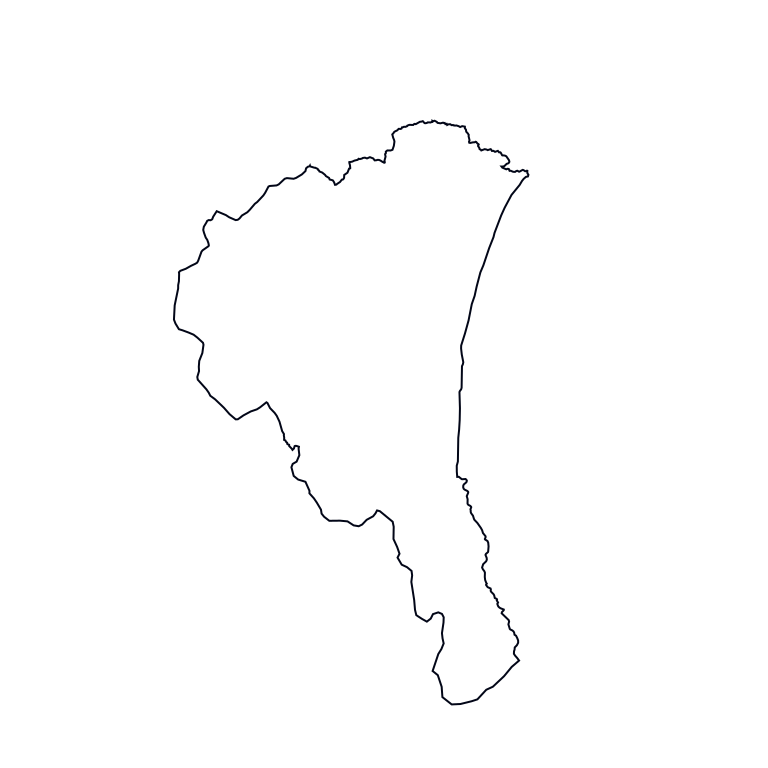 the district of Boontay, Phôngsali, Laos, rotated 113°
{"feature_id": "54806243B85580123027929", "entity_name": "Boontay", "entity_type": "district", "adm_level": 2, "iso_a3": "LAO", "parent_name": "Laos", "parent_adm1": "Phôngsali", "projection": "albers", "projection_center": [101.907, 21.382], "detail": "fine", "context": "isolated", "style": "outline", "palette": "ink", "viewbox_px": 768, "rotation_deg": 113, "n_neighbors": 0, "source": "geoboundaries", "source_scale": "gbopen_adm2", "svg_char_len": 6166}
<svg xmlns="http://www.w3.org/2000/svg" viewBox="0 0 768 768"><g transform="rotate(113 384 384)"><path d="M136.7,332.6L135.0,332.8L133.9,334.4L132.1,335.3L131.0,335.4L132.2,335.8L133.0,337.2L132.6,339.2L132.7,340.0L135.5,342.2L135.8,342.6L135.6,344.6L136.2,345.4L137.5,346.2L138.2,348.0L138.2,350.9L138.7,351.7L137.3,353.2L137.7,354.5L138.6,355.3L138.6,359.6L137.9,360.8L137.5,359.8L136.5,358.4L133.4,357.1L132.7,356.2L131.9,355.6L130.7,355.4L130.1,355.6L129.0,356.6L126.6,360.4L126.5,361.7L126.8,363.2L127.2,363.9L127.3,364.6L125.4,367.0L125.3,367.6L125.8,368.5L124.9,370.3L126.9,372.5L126.6,374.3L127.3,375.7L126.2,377.2L126.2,377.7L128.2,379.9L128.1,381.1L128.5,383.1L131.0,385.7L130.5,386.5L130.5,387.7L129.2,388.8L128.3,390.3L127.6,390.6L126.7,390.3L126.3,390.7L126.1,392.0L125.2,393.6L125.2,394.3L126.0,394.9L126.9,396.7L128.4,398.8L128.6,399.8L127.8,400.4L126.2,400.5L122.8,403.0L121.6,403.3L120.6,404.7L119.6,406.9L117.8,408.0L117.1,409.4L115.5,410.1L116.1,412.8L117.7,414.3L117.5,416.0L117.7,418.3L118.5,419.8L118.5,420.6L118.8,421.1L118.6,421.7L119.3,422.8L119.0,424.6L119.9,426.3L120.9,427.1L120.0,428.0L120.8,429.0L120.0,430.1L120.4,430.6L120.3,431.3L120.4,431.8L122.0,433.9L122.7,436.8L122.1,437.8L121.9,440.3L123.0,441.7L122.9,442.3L123.9,441.9L124.3,442.7L125.0,443.2L126.1,446.0L126.9,446.5L127.7,447.6L128.0,448.6L126.9,451.0L127.9,452.1L128.6,453.4L132.4,456.3L132.5,457.3L133.2,458.0L134.1,458.3L135.6,462.0L137.1,463.5L137.7,463.5L138.9,464.7L139.4,466.1L140.3,466.9L140.7,467.7L142.0,467.7L142.7,468.3L143.4,470.2L145.3,470.9L147.5,472.8L148.4,473.2L149.4,473.3L151.0,473.9L153.7,471.8L155.5,470.0L156.8,469.1L160.9,468.0L165.1,467.7L166.5,469.2L167.7,472.2L169.4,473.1L170.7,472.5L172.0,472.8L174.1,471.4L178.4,470.8L179.5,469.9L180.0,469.9L180.3,470.3L180.0,471.1L180.2,471.8L179.7,474.5L179.7,476.2L180.2,477.5L181.1,478.6L181.8,480.0L180.6,482.0L180.7,485.6L183.0,487.8L183.1,490.0L184.2,491.8L185.1,492.4L186.4,494.1L186.6,495.4L187.9,495.8L189.9,498.5L191.7,500.1L193.0,502.0L193.2,502.6L193.9,502.4L195.9,500.8L198.5,499.4L199.1,499.7L199.4,500.3L203.8,500.2L207.1,502.3L209.8,501.3L211.0,501.4L211.9,501.8L212.4,502.7L215.2,503.4L218.2,505.4L219.0,505.7L219.8,506.9L217.9,508.7L216.6,510.5L216.6,511.5L217.0,513.9L215.8,515.1L215.3,518.7L214.5,520.0L213.5,523.5L213.6,526.5L212.9,527.2L212.6,528.4L211.9,529.1L211.8,531.9L212.1,532.6L212.5,536.5L212.4,537.1L211.9,537.5L212.7,537.6L213.8,539.0L215.9,540.0L218.7,539.5L223.2,541.5L228.7,545.5L230.4,547.4L232.4,553.8L233.9,555.6L241.4,558.9L243.2,560.5L246.4,566.6L247.4,567.5L254.4,568.1L257.5,568.7L266.0,571.8L268.6,573.3L276.0,575.6L279.3,576.9L284.4,580.6L288.1,581.7L290.0,582.8L291.1,584.6L291.0,591.7L290.3,595.5L290.3,605.5L296.7,606.6L299.5,606.5L301.0,607.6L301.6,609.4L302.9,610.5L304.8,610.6L309.6,611.3L312.8,610.6L315.1,608.8L318.9,605.3L320.4,603.0L322.9,600.7L324.8,599.4L325.7,599.4L331.8,603.2L333.5,603.7L343.1,603.2L345.3,603.4L347.0,604.6L350.6,607.8L355.4,611.5L359.4,615.7L361.3,616.4L362.7,615.6L369.6,612.9L373.4,612.1L376.5,610.8L393.4,607.4L406.8,602.5L409.8,599.6L413.7,594.2L413.3,590.5L413.0,584.1L413.0,578.5L414.2,574.0L416.8,566.7L418.4,565.5L426.5,563.3L434.9,563.1L440.5,561.2L444.4,559.3L450.5,558.6L452.8,557.1L458.3,545.4L460.5,541.9L462.7,539.3L464.1,533.5L468.4,522.1L472.1,514.4L474.5,506.7L473.6,504.8L467.8,501.1L461.3,495.9L457.0,491.1L453.8,488.9L446.8,485.1L447.0,483.9L450.7,479.5L453.3,473.4L455.2,470.3L459.5,465.5L467.2,459.3L469.2,456.5L470.3,456.2L472.4,454.9L474.5,454.1L474.5,452.7L475.5,451.6L475.9,450.2L476.9,449.7L477.1,449.3L477.0,447.6L478.2,447.0L479.6,443.6L480.4,442.5L478.6,441.7L476.1,442.0L475.6,441.5L475.2,440.4L475.0,437.8L477.0,437.3L482.6,434.1L489.6,434.1L493.2,436.8L496.8,436.7L503.9,431.2L505.5,425.7L504.7,418.1L511.4,410.9L513.8,409.9L516.6,403.9L519.5,399.4L524.3,392.9L527.7,390.8L529.6,387.3L531.3,380.9L527.0,371.1L524.7,363.9L526.0,356.7L524.8,351.7L521.9,349.2L515.8,346.9L510.0,342.3L506.4,341.3L503.1,341.0L502.7,338.1L507.4,322.2L511.6,319.3L523.0,314.7L528.9,308.2L534.2,303.4L538.5,303.7L543.4,297.1L543.6,291.3L545.3,285.6L549.2,283.3L555.5,281.5L571.1,271.8L579.8,267.2L584.2,263.9L585.4,257.1L586.0,251.7L581.7,249.3L576.7,249.0L573.0,244.8L573.0,240.8L575.4,237.9L580.4,236.0L590.7,233.3L595.3,230.7L599.5,227.7L605.6,227.6L611.3,228.5L629.2,227.1L631.0,220.7L640.2,212.6L649.4,207.9L652.5,196.5L648.7,188.6L641.8,179.4L637.8,174.8L625.5,170.4L620.1,165.5L606.0,159.3L594.5,155.9L585.8,151.6L584.2,154.3L582.8,157.2L581.6,159.0L579.2,159.9L577.6,160.0L575.4,160.7L572.5,159.6L569.8,159.4L567.7,160.3L565.9,162.0L564.1,164.1L563.8,165.9L562.2,166.9L561.2,168.0L560.7,169.6L560.6,171.8L560.3,172.5L556.6,175.6L553.8,176.0L552.6,177.0L549.1,186.1L547.9,186.3L545.5,185.4L544.8,185.6L544.9,189.1L544.7,190.4L544.1,191.9L542.5,193.5L542.0,193.8L540.6,193.6L539.2,195.6L538.3,195.7L537.8,196.2L537.7,198.4L535.5,200.0L534.7,201.0L533.4,204.2L532.7,205.0L531.5,205.3L530.6,206.0L530.5,209.2L529.2,211.4L528.9,211.6L527.6,211.4L527.1,212.2L524.9,214.3L522.3,215.8L518.2,217.4L517.1,218.5L515.9,220.6L514.6,222.0L511.1,222.3L507.3,220.7L505.6,220.7L504.0,221.5L501.7,223.8L500.6,223.8L498.1,222.6L497.4,222.7L492.6,224.3L489.3,226.1L488.1,227.4L487.6,230.3L487.3,230.6L485.4,230.6L484.5,231.0L482.5,234.7L480.3,236.5L478.7,238.5L475.4,243.8L473.7,247.7L473.0,248.5L470.5,250.6L468.9,253.3L467.9,254.2L466.5,254.8L465.5,255.5L463.5,255.5L463.0,255.8L462.5,256.9L462.3,259.1L461.9,259.9L461.4,260.4L457.4,262.0L454.9,264.0L451.5,264.0L450.6,264.2L450.2,264.7L449.9,265.6L449.7,268.6L449.3,269.7L448.2,270.7L446.7,271.3L445.3,271.3L442.3,269.8L440.7,269.9L440.0,270.7L439.6,271.8L441.1,274.8L441.2,275.3L440.2,278.9L440.9,280.3L436.3,282.7L430.8,285.1L426.5,285.7L404.5,294.6L396.7,297.0L387.7,300.2L376.7,304.6L361.9,311.4L360.7,311.4L358.8,310.9L357.1,311.1L337.1,319.2L335.1,319.1L333.0,319.5L326.5,323.9L321.2,326.9L318.4,328.0L305.9,329.2L292.4,331.0L276.2,334.4L267.5,335.0L258.0,336.8L243.6,338.9L236.0,338.9L217.8,340.3L206.0,340.6L201.7,341.3L183.0,342.0L174.6,341.8L160.1,340.5L147.7,336.9L143.2,336.3L140.6,335.6L137.9,334.3L136.7,332.6Z" fill="none" stroke="#020617" stroke-width="2"/></g></svg>